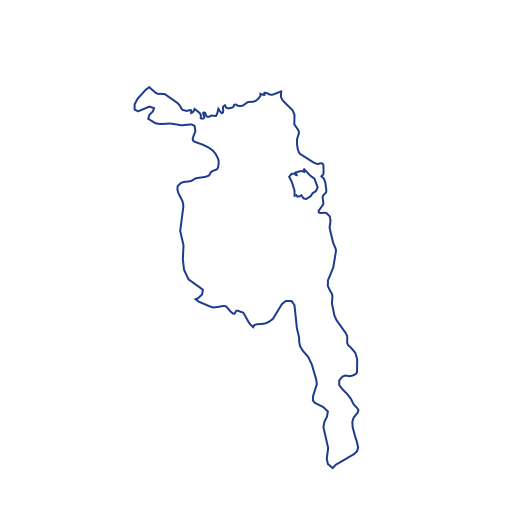 an SVG outline of Tashkent, rotated 115°
{"feature_id": "UZB-372", "entity_name": "Tashkent", "entity_type": "Region", "adm_level": 1, "iso_a3": "UZB", "parent_name": "Uzbekistan", "parent_adm1": "", "projection": "orthographic", "projection_center": [69.658, 41.236], "detail": "fine", "context": "isolated", "style": "outline", "palette": "blue", "viewbox_px": 512, "rotation_deg": 115, "n_neighbors": 0, "source": "natural_earth", "source_scale": "10m", "svg_char_len": 4885}
<svg xmlns="http://www.w3.org/2000/svg" viewBox="0 0 512 512"><g transform="rotate(115 256 256)"><path d="M415.4,96.7L415.8,96.9L414.1,103.0L409.6,106.3L399.6,109.4L382.6,122.6L377.5,123.9L371.5,123.8L366.5,125.2L364.5,131.2L364.2,140.7L362.9,143.4L358.7,145.1L346.5,146.7L342.8,149.0L330.8,159.5L325.5,165.9L322.0,173.7L319.1,178.0L315.5,180.6L311.5,182.6L304.2,188.4L284.4,200.3L281.8,204.6L284.1,209.9L288.6,212.2L306.0,214.1L310.7,216.9L312.8,218.7L314.6,221.1L317.7,226.7L319.6,228.5L321.7,228.5L320.4,232.4L319.2,234.5L313.3,242.7L312.9,243.6L312.8,244.8L313.1,246.7L313.2,249.2L313.6,250.1L314.0,250.7L317.4,251.1L317.9,252.5L317.3,254.8L317.0,255.8L314.7,260.8L314.4,261.8L314.5,262.9L314.8,264.0L315.6,265.3L318.1,268.7L320.7,272.9L321.2,276.5L321.6,288.7L320.7,292.5L319.2,290.9L313.6,288.6L309.0,289.9L305.7,307.3L298.9,315.4L289.9,320.9L277.0,326.2L265.3,335.3L242.3,342.6L239.6,344.0L237.1,346.1L231.9,352.8L228.9,355.4L225.6,356.5L221.7,355.0L220.2,353.6L218.9,351.9L216.6,348.0L215.2,346.3L212.1,344.2L210.6,342.9L205.7,335.3L202.9,332.6L199.0,332.3L197.0,331.0L195.5,329.4L193.8,328.0L191.6,327.8L187.5,329.1L185.5,330.2L183.7,331.7L180.5,335.8L178.6,340.0L177.7,345.0L177.6,351.0L178.4,359.8L177.9,362.0L176.1,363.1L168.5,363.7L164.0,366.7L164.0,370.1L169.0,378.7L171.6,388.0L172.8,390.9L176.0,396.8L177.4,400.0L178.2,403.6L177.2,411.7L173.2,412.3L168.4,410.5L165.1,410.9L165.6,415.7L174.7,424.0L174.6,427.9L169.9,430.1L163.7,429.8L152.4,426.4L148.1,424.1L148.8,421.9L150.6,415.4L150.4,413.0L149.6,411.6L147.8,407.1L150.5,392.0L150.9,390.9L151.6,389.2L152.3,388.0L154.1,385.7L154.6,384.3L154.4,382.8L154.0,381.4L153.8,380.0L153.0,379.0L151.7,377.7L151.4,376.4L153.8,375.1L152.7,374.2L151.4,373.8L150.1,373.7L148.7,373.8L150.1,367.9L151.3,365.7L154.5,364.3L154.4,363.1L153.7,361.9L152.5,361.4L151.3,362.1L150.0,363.4L148.8,364.3L147.8,363.7L147.9,362.5L149.9,360.5L150.4,359.1L149.8,357.6L147.5,355.7L146.1,351.5L143.8,351.3L138.5,352.3L140.5,349.0L141.0,347.3L139.8,346.6L137.9,347.2L136.2,348.4L134.4,348.9L132.5,347.8L134.2,345.6L133.9,343.4L132.5,341.4L130.9,339.8L130.0,339.5L129.1,339.6L128.2,339.6L127.4,338.7L127.3,338.0L127.5,336.1L127.4,335.4L126.2,332.7L125.5,331.8L124.1,330.8L120.8,329.0L120.0,328.4L119.1,327.1L117.7,324.3L116.6,322.8L114.7,321.4L112.0,320.2L109.3,319.7L107.2,320.5L106.9,317.6L106.5,316.5L106.0,316.5L104.9,317.4L104.2,316.9L103.9,315.7L103.8,311.8L103.4,310.2L102.4,308.7L96.2,302.8L97.3,302.3L101.2,300.7L102.5,299.2L103.7,297.6L106.1,291.1L108.4,284.5L110.1,282.6L111.9,280.7L116.1,278.9L120.4,277.0L122.0,274.4L123.5,271.7L124.3,270.7L125.2,269.6L126.4,269.2L127.7,268.8L130.4,268.5L133.0,268.1L135.3,267.0L137.5,266.0L139.7,264.5L141.8,263.1L142.8,262.0L143.9,261.0L144.4,260.1L144.9,259.1L145.9,251.3L146.9,243.5L146.9,242.1L146.9,240.8L146.7,239.8L146.5,238.8L146.4,238.5L146.2,238.2L145.9,238.0L145.6,237.8L145.0,237.1L144.5,236.3L144.3,235.7L144.1,235.0L144.4,234.4L144.7,233.8L145.2,233.4L145.7,233.0L148.6,231.6L151.5,230.2L152.6,229.8L153.8,229.5L154.9,230.0L156.1,230.4L156.7,228.7L157.3,227.0L158.9,225.5L160.4,224.0L163.8,221.9L167.1,219.8L168.1,219.6L169.1,219.4L170.9,220.1L172.8,220.7L173.7,220.6L174.6,220.5L177.0,219.0L179.3,217.4L180.2,217.2L181.2,216.9L184.8,217.6L188.5,218.3L189.2,217.9L190.0,217.5L189.9,216.6L189.8,215.8L188.8,213.9L187.8,212.0L187.6,211.1L187.3,210.2L188.1,208.1L188.9,205.9L190.6,204.7L192.2,203.5L195.7,202.4L199.2,201.3L205.5,196.4L211.7,191.4L213.5,189.4L215.3,187.3L216.3,186.5L217.4,185.7L225.6,183.4L233.9,181.1L240.8,180.8L247.6,180.5L250.2,179.4L252.7,178.3L254.6,176.1L256.4,173.9L257.3,172.6L258.1,171.3L259.0,170.6L260.0,169.8L263.4,168.5L266.8,167.2L271.9,163.4L277.0,159.6L278.5,157.8L280.1,156.0L284.2,148.7L288.3,141.5L289.2,140.6L290.0,139.6L291.1,139.0L292.1,138.4L293.2,138.0L294.3,137.6L295.3,137.1L296.3,136.5L297.1,135.7L297.9,134.8L298.3,133.3L298.7,131.9L300.2,128.5L301.7,125.2L304.3,122.9L306.9,120.6L312.9,117.9L318.8,115.3L319.7,115.5L320.6,115.6L321.7,116.4L322.8,117.2L323.8,118.3L324.8,119.4L325.3,120.4L325.7,121.5L326.2,123.1L326.6,124.6L327.6,125.5L328.5,126.5L329.8,127.0L331.1,127.5L332.5,127.7L334.0,127.9L335.9,126.9L337.8,126.0L339.1,123.6L340.3,121.1L341.4,118.1L342.5,115.1L343.9,112.4L345.3,109.7L347.0,107.6L348.6,105.6L349.3,104.4L349.9,103.3L350.4,101.8L350.9,100.3L351.7,99.1L352.6,97.9L354.0,97.8L355.5,97.7L358.3,98.5L361.2,99.2L363.5,98.9L365.8,98.5L368.0,97.3L370.3,96.1L374.4,92.6L378.5,89.2L381.1,86.6L386.4,82.5L390.3,81.9L394.2,83.5L411.5,95.5L415.4,96.7ZM170.2,259.4L174.1,254.5L180.4,248.8L185.1,246.5L183.8,245.1L184.7,243.6L183.5,241.7L181.8,240.6L183.7,237.3L183.2,234.7L178.7,231.7L174.9,231.2L172.0,229.1L167.8,229.1L161.2,235.7L160.2,240.9L157.0,248.9L157.3,249.2L159.4,248.0L159.6,250.1L160.5,251.9L163.6,255.4L165.5,253.4L165.7,254.1L164.9,255.7L166.5,258.5L170.2,259.4Z" fill="none" stroke="#1e3a8a" stroke-width="2"/></g></svg>